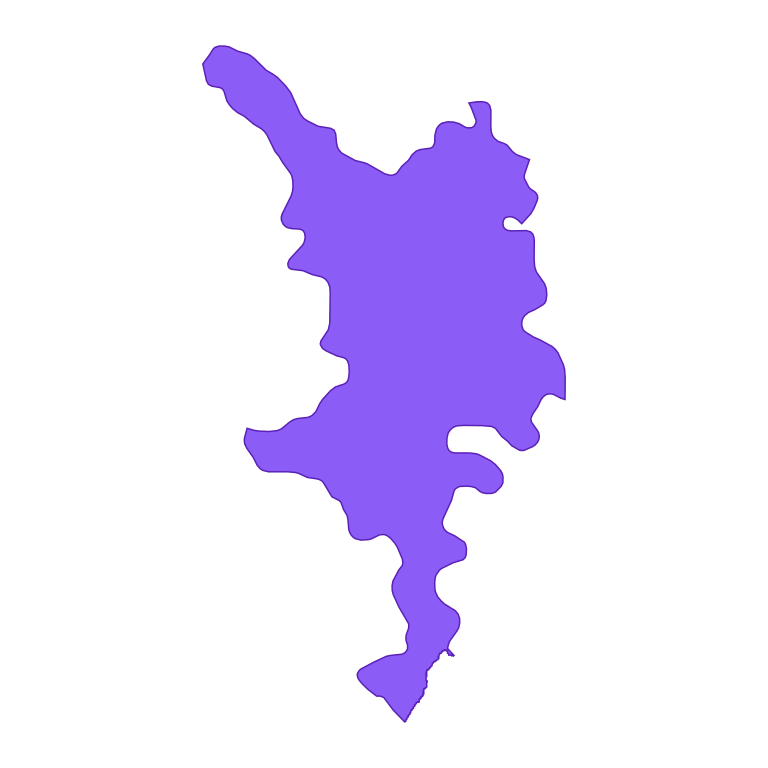 San Cristóbal, San Cristóbal, Dominican Republic
{"feature_id": "3306468B49798152350174", "entity_name": "San Cristóbal", "entity_type": "district", "adm_level": 2, "iso_a3": "DOM", "parent_name": "Dominican Republic", "parent_adm1": "San Cristóbal", "projection": "robinson", "projection_center": [-70.119, 18.417], "detail": "fine", "context": "isolated", "style": "filled", "palette": "violet", "viewbox_px": 768, "rotation_deg": 0, "n_neighbors": 0, "source": "geoboundaries", "source_scale": "gbopen_adm2", "svg_char_len": 6110}
<svg xmlns="http://www.w3.org/2000/svg" viewBox="0 0 768 768"><path d="M544.6,283.8L536.4,272.0L534.7,266.8L534.1,259.3L534.3,240.6L533.9,237.2L532.8,234.1L530.6,231.9L526.3,230.6L511.9,230.9L507.5,230.4L505.0,228.9L503.9,227.5L503.3,226.0L502.9,222.9L503.7,219.7L504.8,218.3L506.2,217.3L509.1,216.7L512.2,217.0L515.2,218.2L518.0,220.1L521.7,223.7L530.9,213.6L533.9,208.4L537.1,200.8L537.7,198.3L537.5,195.7L536.3,193.5L534.6,191.7L530.5,189.0L528.8,187.2L524.6,179.1L524.1,176.5L524.6,174.0L529.5,159.6L516.3,154.6L512.4,151.5L507.2,145.2L504.8,143.8L497.7,141.2L494.0,137.9L492.2,135.0L491.2,131.6L490.8,126.2L490.9,110.2L489.7,105.6L487.6,103.2L484.8,102.1L481.7,101.7L476.8,101.8L468.9,103.0L471.2,107.4L476.1,120.4L475.9,123.1L473.8,126.4L471.6,127.7L467.5,127.9L465.0,127.1L459.3,123.7L453.7,122.1L447.7,121.8L441.9,123.2L439.6,124.8L437.7,127.0L436.3,129.5L434.9,135.3L434.7,142.8L433.0,146.6L430.8,148.1L420.1,149.6L416.2,151.1L412.1,154.8L408.5,160.3L401.8,166.3L396.5,173.6L392.9,175.1L390.1,175.3L384.7,173.8L367.7,164.1L365.1,163.0L355.2,160.5L341.7,153.1L338.9,149.9L337.5,147.3L336.5,142.8L335.7,134.0L334.1,130.2L330.7,128.3L318.2,126.3L307.0,120.7L303.5,118.2L300.1,113.6L290.9,93.0L285.9,86.2L277.7,77.7L273.8,74.8L266.1,70.2L254.2,58.4L250.3,55.4L247.6,54.0L237.8,51.2L229.1,46.9L224.8,46.1L219.0,46.1L215.1,47.3L213.1,49.1L209.4,55.0L202.8,64.0L206.5,80.8L208.4,84.3L211.7,86.1L220.4,87.7L222.6,89.1L224.0,91.3L226.9,100.9L229.5,104.9L232.7,108.6L237.6,112.6L244.1,116.1L253.8,124.2L261.3,128.7L264.5,131.5L267.0,135.0L275.1,151.6L279.0,156.3L282.5,162.2L290.9,173.9L292.1,176.9L292.9,181.8L293.0,186.7L292.5,191.6L291.1,196.0L282.1,214.1L281.3,217.0L281.4,220.1L283.2,224.2L285.1,226.2L287.4,227.6L291.6,228.6L299.7,229.1L302.1,230.0L303.2,230.8L304.7,233.3L305.2,237.7L304.2,242.2L302.6,245.1L289.4,259.5L287.8,263.6L288.2,266.4L288.9,267.7L291.1,269.2L303.1,270.7L312.0,274.5L321.7,276.9L325.4,279.1L328.1,282.5L329.8,287.1L330.2,292.3L329.8,323.0L328.3,329.8L321.0,340.8L320.3,343.6L320.5,344.9L322.5,348.3L325.6,350.6L336.6,355.8L343.2,357.5L345.5,358.6L347.5,360.8L348.9,365.2L349.2,371.8L348.8,376.8L348.1,379.8L346.6,382.4L344.4,383.9L335.5,386.9L330.4,390.8L322.4,399.6L319.7,403.7L315.8,411.8L311.8,415.7L307.9,417.4L297.7,418.5L293.5,419.7L289.6,422.1L281.2,429.0L276.9,430.7L268.9,431.5L259.1,431.1L254.3,430.4L247.1,428.3L244.5,437.9L244.3,441.0L244.8,444.1L246.9,448.4L253.3,457.5L257.3,465.5L260.2,468.7L262.5,470.3L268.5,471.8L287.7,471.8L295.5,472.5L298.5,473.3L307.3,477.4L317.1,478.9L319.7,479.7L322.0,481.0L323.7,483.1L331.9,496.8L339.3,500.6L341.0,502.4L343.6,509.6L347.2,515.7L348.0,519.9L348.7,529.1L349.6,532.2L351.0,534.8L352.9,537.0L355.3,538.7L361.0,540.1L368.5,539.6L371.3,538.9L379.7,534.8L383.9,534.5L386.7,535.4L390.4,538.1L394.7,543.0L397.3,547.1L402.4,559.1L402.9,563.1L402.2,565.6L398.8,570.0L393.0,580.9L392.1,585.6L392.2,590.4L393.4,595.0L399.0,607.2L408.7,623.9L408.7,627.9L406.2,635.1L405.9,637.9L406.1,640.7L407.6,645.2L407.5,648.9L406.3,651.2L404.5,653.0L402.1,654.2L390.6,655.4L386.3,656.3L373.5,662.3L360.4,669.3L358.7,671.2L357.5,673.5L357.2,674.9L357.8,677.8L359.2,680.2L362.0,683.6L367.6,689.1L376.6,696.1L380.3,696.1L383.8,697.5L393.3,710.2L404.7,721.9L405.3,721.6L405.3,720.9L405.9,720.9L405.9,719.6L407.0,719.0L407.0,717.6L408.2,717.0L408.2,715.6L408.8,715.6L408.8,715.0L409.9,714.3L409.9,713.0L410.5,713.0L411.1,710.3L411.7,710.3L411.7,709.6L412.2,709.6L412.8,708.3L413.4,708.3L413.4,707.0L414.6,706.3L414.6,705.0L415.1,705.0L415.1,704.3L416.3,703.7L416.3,702.3L418.6,702.3L418.6,701.7L419.2,701.7L419.2,699.0L420.3,699.0L420.3,698.3L420.9,698.3L420.9,697.0L421.5,697.0L421.5,696.4L422.6,696.4L422.6,695.0L423.2,695.0L423.2,693.7L423.8,693.7L423.8,692.4L423.2,692.4L423.2,691.0L423.8,691.0L423.8,689.0L424.4,689.0L424.4,688.4L425.5,688.4L425.5,687.7L426.7,687.0L426.7,681.7L427.3,681.7L427.3,681.1L426.1,680.4L426.1,676.4L426.7,676.4L426.7,675.7L426.1,675.7L426.1,674.4L426.7,674.4L426.7,673.1L426.1,673.1L426.1,672.4L426.7,672.4L426.7,670.4L427.3,670.4L427.3,669.8L428.4,669.8L428.4,669.1L429.0,669.1L429.6,667.8L430.2,667.8L430.2,667.1L430.7,667.1L431.3,665.8L431.9,665.8L432.5,663.1L433.1,663.1L433.6,661.8L434.8,661.8L434.8,661.1L435.9,661.1L436.5,659.8L437.7,659.8L438.2,658.5L438.8,658.5L438.8,657.1L438.2,657.1L438.2,656.5L438.8,656.5L439.4,653.8L440.0,653.8L440.0,653.2L441.2,653.2L441.7,651.8L442.3,651.8L442.3,651.2L442.9,651.2L442.9,650.5L444.6,650.5L444.6,649.8L445.8,649.8L445.8,650.5L446.9,650.5L446.9,651.2L447.5,651.2L447.5,653.2L448.7,653.8L448.7,655.1L451.6,655.1L451.6,655.8L452.1,655.8L452.1,655.1L453.3,655.8L453.3,655.1L453.7,655.1L447.5,648.4L448.6,643.9L449.8,641.0L457.2,630.6L458.7,627.8L459.7,623.1L459.6,618.4L458.0,614.0L455.3,610.7L444.3,603.9L440.8,600.6L437.7,596.8L435.6,592.3L434.9,589.1L434.7,582.6L435.2,577.7L436.2,574.7L439.6,570.0L441.9,568.3L453.0,562.8L463.1,559.7L465.1,557.7L466.1,555.0L466.5,549.1L465.7,544.8L464.4,542.2L454.4,535.6L448.1,532.7L445.9,531.1L444.1,529.0L442.4,524.9L442.3,521.8L443.0,518.9L451.4,500.5L454.1,490.9L455.6,488.6L459.4,486.5L466.9,486.1L471.5,486.6L475.6,487.8L480.1,491.6L482.4,492.7L486.3,493.5L491.8,493.4L495.5,492.1L501.1,486.4L502.9,482.8L503.0,476.8L502.3,473.7L500.8,470.8L495.5,464.6L490.5,460.7L479.2,454.8L476.4,453.8L470.1,453.0L454.5,452.9L451.7,452.3L449.2,450.7L447.7,448.2L446.8,443.9L447.0,437.6L448.2,433.0L449.8,430.5L451.8,428.4L454.2,426.8L457.3,425.8L463.7,425.4L482.0,425.6L491.4,426.4L495.3,428.2L501.7,436.5L507.6,441.3L511.8,445.8L519.3,450.1L521.7,450.6L524.2,450.3L532.5,446.7L534.9,445.2L537.7,442.0L538.9,439.4L539.3,436.3L538.8,433.2L537.4,430.5L531.6,422.3L530.9,419.5L531.0,418.1L532.7,414.1L537.8,406.5L541.0,399.8L542.6,397.5L544.6,395.6L546.9,394.2L551.1,393.8L553.7,394.5L560.9,398.2L565.0,399.5L565.2,378.2L564.6,369.5L563.4,364.8L557.9,352.7L555.3,349.3L552.1,346.5L539.8,339.8L533.2,336.9L525.4,332.0L523.4,330.2L521.9,326.1L521.7,323.1L522.2,320.1L523.4,317.3L525.2,315.1L528.4,312.5L534.8,309.6L542.7,304.9L544.7,303.2L546.0,300.6L546.8,294.6L546.2,288.3L544.6,283.8Z" fill="#8b5cf6" stroke="#5b21b6" stroke-width="1.5"/></svg>